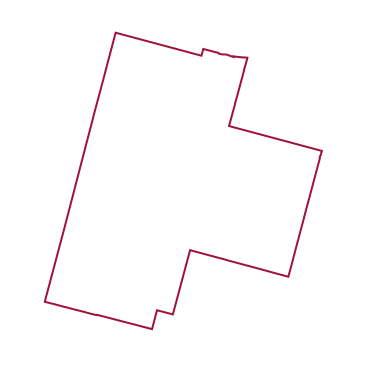 Tatiara, South Australia, Australia, rotated 195°
{"feature_id": "25037944B1672021896244", "entity_name": "Tatiara", "entity_type": "district", "adm_level": 2, "iso_a3": "AUS", "parent_name": "Australia", "parent_adm1": "South Australia", "projection": "robinson", "projection_center": [140.706, -36.222], "detail": "fine", "context": "isolated", "style": "outline", "palette": "rose", "viewbox_px": 384, "rotation_deg": 195, "n_neighbors": 0, "source": "geoboundaries", "source_scale": "gbopen_adm2", "svg_char_len": 4024}
<svg xmlns="http://www.w3.org/2000/svg" viewBox="0 0 384 384"><g transform="rotate(195 192 192)"><path d="M305.8,47.9L305.7,47.9L305.1,47.9L304.9,47.9L304.5,47.9L304.3,47.9L304.1,47.9L303.9,47.9L303.6,47.9L303.3,47.9L303.0,47.9L302.7,47.9L302.3,47.9L302.1,47.9L301.9,47.9L301.7,47.9L301.4,47.9L301.0,47.9L300.6,47.9L300.4,47.9L300.2,47.9L299.9,47.9L299.5,47.9L299.2,47.9L298.8,48.0L298.4,48.0L297.7,48.0L297.1,48.0L296.9,48.0L296.6,48.0L296.3,48.0L296.2,48.0L295.9,48.0L295.6,48.0L295.4,48.0L295.0,48.0L294.6,48.0L294.3,48.0L294.1,48.0L293.9,48.0L293.7,48.0L293.4,48.0L293.2,48.0L292.8,48.0L292.5,48.0L292.3,48.0L292.2,48.0L291.8,48.0L291.7,48.0L291.3,48.0L291.2,48.0L290.7,48.0L290.4,48.0L290.2,48.0L289.9,48.0L289.6,48.0L289.4,48.0L289.2,48.0L288.9,48.0L288.5,48.0L288.4,48.0L288.1,48.0L287.8,48.0L287.7,48.0L287.4,48.0L287.2,48.0L286.7,48.0L286.4,48.0L286.0,48.0L285.8,48.0L285.7,48.0L285.4,48.0L285.0,48.0L284.7,48.1L284.3,48.1L284.1,48.0L283.9,48.0L283.7,48.0L283.4,48.1L283.2,48.1L282.9,48.1L282.6,48.1L282.4,48.1L282.1,48.1L281.9,48.1L281.5,48.1L281.4,48.1L281.1,48.1L280.9,48.1L280.5,48.1L280.3,48.1L279.9,48.1L279.5,48.1L279.2,48.1L278.8,48.1L278.7,48.1L278.3,48.1L278.2,48.1L277.8,48.1L277.7,48.1L277.3,48.1L277.2,48.1L276.9,48.1L276.7,48.1L276.2,48.1L275.7,48.1L275.4,48.1L275.0,48.1L274.9,48.1L274.7,48.1L274.3,48.1L274.2,48.1L273.8,48.1L273.7,48.1L273.4,48.2L273.0,48.1L272.9,48.2L272.7,48.2L272.4,48.2L272.2,48.2L271.7,48.1L271.4,48.2L271.1,48.2L270.9,48.2L270.6,48.2L270.4,48.2L270.0,48.2L269.8,48.2L269.5,48.2L269.2,48.2L268.8,48.2L268.7,48.2L268.3,48.2L267.8,48.2L267.6,48.2L267.2,48.2L266.9,48.2L266.7,48.2L266.3,48.2L266.1,48.2L265.9,48.2L265.6,48.3L265.4,48.5L265.2,48.4L264.8,48.3L264.6,48.3L264.3,48.3L264.2,48.3L263.7,48.2L263.3,48.2L263.2,48.2L262.9,48.2L262.7,48.2L262.4,48.2L262.2,48.2L261.8,48.2L261.5,48.2L261.0,48.2L260.9,48.2L260.6,48.2L260.3,48.2L260.0,48.2L259.6,48.2L259.2,48.2L258.7,48.2L258.0,48.2L257.9,48.2L257.5,48.2L257.1,48.2L256.7,48.2L256.3,48.2L256.1,48.2L255.8,48.3L255.7,48.3L255.4,48.3L255.0,48.3L254.8,48.3L254.4,48.3L254.2,48.3L253.8,48.3L253.6,48.3L253.3,48.3L252.9,48.3L252.5,48.3L252.4,48.3L252.2,48.4L251.9,48.5L251.7,48.7L251.7,48.8L223.7,49.0L195.1,49.2L195.2,68.7L184.5,68.8L178.8,68.8L178.8,102.6L178.8,135.3L173.2,135.3L162.1,135.3L148.4,135.3L144.2,135.3L138.2,135.2L137.7,135.2L130.9,135.2L128.6,135.2L128.4,135.2L121.0,135.2L113.0,135.2L106.9,135.2L102.0,135.2L93.1,135.1L87.1,135.1L77.0,135.1L77.0,152.1L77.0,155.3L77.1,165.6L77.1,195.1L77.2,201.5L77.2,214.4L77.1,217.6L77.2,218.7L77.2,233.8L77.2,244.1L77.2,257.6L77.4,257.8L77.5,258.0L77.4,258.4L77.4,258.5L77.6,258.9L77.7,259.0L77.5,259.5L77.5,259.9L77.5,260.0L77.4,260.3L77.1,260.8L77.1,261.0L77.2,261.3L77.3,261.5L77.2,262.0L77.2,263.0L77.3,263.4L77.2,263.6L77.2,265.1L77.2,265.3L78.8,265.3L86.9,265.3L93.8,265.3L98.1,265.3L106.5,265.3L106.8,265.3L108.3,265.3L110.9,265.3L118.5,265.3L122.2,265.3L128.6,265.3L132.4,265.3L139.0,265.3L141.3,265.3L151.2,265.3L156.0,265.3L156.7,265.3L157.1,265.3L157.7,265.3L158.0,265.3L158.8,265.3L165.6,265.3L173.3,265.3L173.2,287.2L173.2,287.6L173.2,287.8L173.3,288.0L173.3,292.9L173.2,294.0L173.2,312.1L173.2,322.9L173.3,323.0L173.3,327.2L173.2,327.2L173.2,332.8L173.2,334.1L173.2,336.1L173.3,336.1L179.6,334.8L180.1,334.8L181.7,334.5L186.3,333.8L187.0,333.8L186.8,333.1L190.7,333.4L194.4,333.7L198.2,332.8L199.2,332.6L202.0,332.6L202.4,333.2L210.0,333.1L218.1,333.1L218.1,331.6L218.1,328.1L218.2,326.1L221.6,326.1L225.1,326.1L234.8,326.1L235.1,326.1L237.9,326.1L238.0,326.1L243.4,326.1L249.3,326.1L254.4,326.1L260.7,326.1L263.0,326.1L267.4,326.1L271.4,326.1L275.0,326.1L281.5,326.1L286.3,326.1L286.5,326.1L288.2,326.1L294.2,326.1L294.3,326.1L299.2,326.1L303.2,326.1L303.4,326.1L303.6,326.1L306.9,326.1L307.0,326.1L307.0,324.9L306.9,290.8L306.8,283.1L306.8,275.7L306.8,271.5L306.8,260.2L306.8,239.8L306.7,237.8L306.7,237.5L306.7,235.7L306.5,202.4L306.0,135.6L306.0,130.7L305.9,124.1L305.9,114.0L305.8,49.8L305.8,47.9Z" fill="none" stroke="#9f1239" stroke-width="2"/></g></svg>